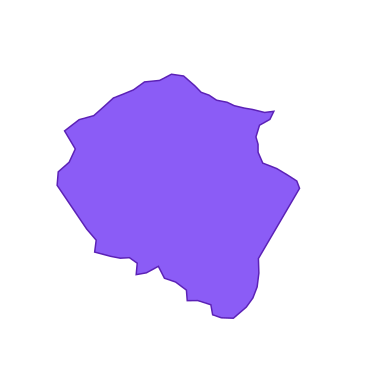 the district of Anhanguera, Goiás, Brazil, rotated 53°
{"feature_id": "56859067B76787904233640", "entity_name": "Anhanguera", "entity_type": "district", "adm_level": 2, "iso_a3": "BRA", "parent_name": "Brazil", "parent_adm1": "Goiás", "projection": "natural_earth1", "projection_center": [-48.225, -18.31], "detail": "fine", "context": "isolated", "style": "filled", "palette": "violet", "viewbox_px": 384, "rotation_deg": 53, "n_neighbors": 0, "source": "geoboundaries", "source_scale": "gbopen_adm2", "svg_char_len": 870}
<svg xmlns="http://www.w3.org/2000/svg" viewBox="0 0 384 384"><g transform="rotate(53 192 192)"><path d="M181.4,305.9L194.4,295.7L201.7,289.1L206.8,281.5L215.9,278.6L224.4,286.3L229.1,277.1L231.1,263.6L244.3,265.9L254.0,259.3L267.0,255.5L275.9,261.2L282.2,252.7L293.4,244.8L302.5,249.4L310.1,244.3L317.7,234.9L316.6,217.9L313.3,207.2L307.0,197.1L297.0,187.4L285.1,179.0L253.8,103.9L246.3,101.7L236.2,105.4L224.3,110.2L211.5,118.1L200.0,115.3L193.6,110.5L186.5,107.8L179.3,97.9L180.9,86.1L176.8,78.1L172.2,86.1L162.5,94.0L156.5,99.7L148.5,106.3L141.4,110.0L133.5,117.1L124.9,120.1L117.9,124.7L109.1,125.8L94.3,128.9L85.6,137.5L83.4,150.7L75.5,163.7L75.2,177.3L72.4,188.1L69.6,198.2L70.8,210.9L71.9,224.5L66.3,238.6L66.5,257.0L87.4,259.3L94.3,272.2L95.4,286.7L105.5,295.7L158.2,298.4L172.8,297.5L181.4,305.9Z" fill="#8b5cf6" stroke="#5b21b6" stroke-width="1.5"/></g></svg>